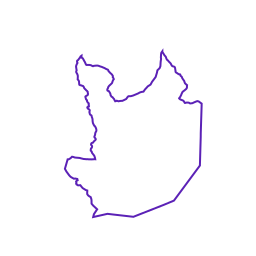 Chokhorling, Pemagatsel, Bhutan, rotated 329°
{"feature_id": "84629894B57619855084660", "entity_name": "Chokhorling", "entity_type": "district", "adm_level": 2, "iso_a3": "BTN", "parent_name": "Bhutan", "parent_adm1": "Pemagatsel", "projection": "orthographic", "projection_center": [91.337, 26.854], "detail": "fine", "context": "isolated", "style": "outline", "palette": "violet", "viewbox_px": 256, "rotation_deg": 329, "n_neighbors": 0, "source": "geoboundaries", "source_scale": "gbopen_adm2", "svg_char_len": 5252}
<svg xmlns="http://www.w3.org/2000/svg" viewBox="0 0 256 256"><g transform="rotate(329 128 128)"><path d="M197.0,79.9L195.4,80.6L195.0,81.0L194.4,81.7L193.9,82.4L193.4,83.2L192.7,84.2L192.3,84.9L191.9,85.9L191.2,86.7L190.0,88.2L189.1,89.5L187.6,91.7L185.9,93.0L182.9,93.7L181.4,95.4L179.3,97.3L178.0,98.5L175.6,99.5L174.6,99.9L172.4,100.8L169.7,102.4L166.3,102.5L165.2,102.9L162.4,103.7L160.0,104.8L158.0,104.0L156.2,103.6L155.7,103.6L154.6,103.6L153.9,103.5L152.5,103.3L149.1,102.8L146.9,102.2L144.7,101.0L143.7,101.2L141.4,102.2L138.9,102.0L137.1,101.8L135.3,100.8L133.6,100.2L132.4,98.8L131.7,98.8L130.8,98.5L130.8,97.3L130.9,96.8L131.0,96.1L130.8,95.3L130.6,93.6L130.0,92.6L130.0,92.2L130.0,91.1L130.0,90.7L130.3,90.2L130.6,89.1L130.6,87.7L130.6,86.9L130.6,86.6L130.3,86.2L129.8,85.6L129.7,85.3L129.8,84.8L130.0,84.5L130.3,84.1L131.1,83.7L132.2,82.7L133.6,82.1L135.1,81.8L137.3,81.3L137.9,80.9L138.5,80.3L139.3,79.7L140.0,79.2L140.9,78.9L141.1,78.4L141.1,77.9L141.2,77.3L141.1,76.6L141.8,75.7L141.8,74.2L141.6,73.1L141.2,72.0L140.8,70.1L140.7,69.7L140.6,69.1L140.8,68.6L140.8,67.7L139.9,66.5L139.5,65.9L139.0,65.0L138.8,64.6L137.9,63.4L136.9,62.0L136.6,61.7L135.7,60.7L135.1,59.9L134.3,59.0L133.2,58.3L132.6,58.0L131.1,57.3L130.3,57.0L129.8,57.0L129.2,56.2L128.5,55.0L127.3,54.0L126.5,53.5L126.1,53.3L125.4,52.9L124.8,52.5L124.7,51.6L125.0,49.3L125.0,48.7L125.0,48.2L125.0,47.6L125.1,46.4L125.1,44.9L124.5,43.8L124.7,43.2L125.4,42.1L124.3,42.2L123.9,42.4L123.4,42.7L122.6,43.2L122.2,43.2L121.8,43.4L120.8,43.8L120.0,44.1L119.2,44.1L118.8,44.4L118.5,44.9L118.3,45.3L118.2,45.8L118.2,46.2L117.9,46.4L116.8,47.0L116.2,47.5L115.4,48.2L115.0,48.8L114.3,50.5L114.0,51.2L113.8,51.9L113.6,52.2L113.0,52.6L112.7,52.9L112.4,53.5L112.3,53.9L112.3,54.5L112.4,55.2L112.2,55.8L112.1,56.8L111.9,57.2L111.7,57.7L111.0,58.8L110.2,60.0L109.9,60.4L110.1,61.4L110.1,62.0L110.1,62.5L109.9,63.0L109.7,63.5L109.5,63.8L109.2,64.4L108.7,65.4L108.6,66.0L109.0,66.6L109.9,67.4L110.5,68.3L110.8,68.5L111.1,68.9L111.2,69.4L111.2,70.3L111.1,70.8L111.0,71.3L111.1,71.9L111.2,72.4L111.4,72.9L111.6,74.1L111.7,74.5L112.0,75.2L112.0,75.8L112.1,76.2L111.9,76.6L111.5,77.4L111.4,77.9L111.3,78.2L111.0,78.5L110.7,78.8L110.3,79.0L109.9,79.0L108.6,79.0L108.2,79.0L107.7,79.1L107.4,79.6L107.3,80.0L107.0,81.2L106.8,81.9L107.1,82.8L107.0,83.4L106.7,83.9L106.7,84.3L106.6,85.3L106.7,85.7L106.9,86.1L107.0,86.5L106.9,86.9L106.7,87.4L106.3,87.7L106.0,88.1L105.9,88.6L105.9,89.1L105.4,89.5L104.7,89.3L104.3,89.2L103.8,89.3L103.6,89.7L103.6,90.6L103.8,91.2L104.2,91.9L104.4,92.6L104.3,93.0L104.1,93.5L103.1,94.4L102.9,95.3L102.6,95.9L102.5,96.4L102.5,97.1L103.1,98.3L103.1,98.8L102.9,99.2L102.6,100.1L102.4,101.4L102.0,102.4L101.8,102.8L101.3,103.7L101.1,104.1L100.8,104.9L100.5,105.6L100.3,107.5L100.3,108.9L100.6,109.5L100.5,111.3L100.2,112.7L99.6,113.9L99.1,114.4L98.8,114.6L98.4,114.8L97.9,115.0L97.1,115.8L96.5,116.6L95.9,117.2L94.7,118.1L94.5,118.5L94.5,119.0L94.6,119.5L94.7,119.9L94.7,120.5L94.6,121.0L93.9,121.5L92.3,121.8L91.9,121.9L91.3,122.1L90.7,122.5L90.0,122.4L89.0,122.2L88.4,122.5L87.9,123.0L87.7,123.4L87.9,124.2L87.9,124.9L87.6,125.5L87.0,126.1L86.7,126.3L86.3,126.3L85.6,126.6L84.9,127.4L84.6,127.9L84.4,128.2L84.7,129.3L84.7,129.7L84.4,130.4L84.4,131.2L84.8,134.3L84.6,135.4L84.4,136.2L84.2,137.0L84.0,137.3L83.8,137.9L83.1,137.4L82.6,137.2L81.5,136.6L80.2,135.9L79.7,135.5L78.3,134.7L77.4,134.0L76.9,133.7L76.5,133.5L75.0,132.4L74.0,131.7L71.9,129.6L71.3,128.9L69.8,127.8L67.3,126.0L66.3,124.8L65.7,124.2L65.2,123.8L64.4,124.0L63.2,124.3L62.3,124.3L61.4,124.3L60.7,124.2L60.1,123.8L52.9,130.5L52.8,133.6L53.2,138.1L53.5,139.7L53.9,140.8L55.5,143.6L56.7,144.1L58.3,145.6L57.9,146.9L57.2,146.9L56.7,146.8L55.8,147.3L55.6,148.2L55.5,148.7L54.9,149.0L54.8,149.8L55.6,151.4L57.7,152.5L57.9,154.4L58.2,156.2L59.9,159.5L60.9,160.6L60.3,161.6L59.7,162.4L59.0,163.7L59.1,165.2L59.5,166.3L60.0,167.3L60.4,167.9L60.1,169.6L59.6,171.0L57.8,174.1L58.2,176.6L59.7,181.8L54.4,184.3L52.3,186.4L66.2,191.0L71.5,195.1L86.9,206.9L119.1,212.3L130.0,213.9L170.3,197.2L185.8,173.0L187.7,169.9L202.4,147.1L203.7,145.0L203.2,143.9L202.7,142.7L202.5,142.1L202.1,141.5L201.5,140.8L200.3,140.4L199.3,140.3L198.1,140.1L197.1,140.0L196.0,139.9L194.0,139.0L193.7,138.7L193.3,137.8L192.9,137.4L192.2,136.9L191.0,136.2L190.2,136.1L189.6,135.7L189.6,134.6L189.6,133.6L189.3,132.8L188.5,131.7L187.7,130.7L187.4,130.1L187.2,129.6L187.1,128.9L187.4,128.7L188.1,128.5L188.8,128.2L189.6,127.7L190.7,127.0L191.4,126.4L192.2,125.9L193.0,125.3L194.2,125.0L195.4,124.9L196.1,124.8L197.9,124.5L198.7,124.2L199.4,123.6L200.1,122.5L200.4,122.0L200.7,121.7L200.4,120.8L200.1,119.9L199.9,118.9L200.1,117.8L200.4,116.6L200.2,114.2L200.2,113.6L200.2,113.0L200.4,112.2L200.4,111.6L200.2,111.0L200.0,110.5L200.0,110.0L200.2,109.5L200.3,109.0L199.8,108.5L199.4,108.3L199.2,107.8L198.8,107.3L198.3,106.1L197.8,105.2L197.7,104.8L197.7,104.4L197.9,103.9L198.3,103.2L198.5,102.6L198.8,101.9L199.2,100.9L199.3,100.6L199.4,100.0L199.3,99.5L198.9,98.9L198.0,98.0L197.7,97.3L197.7,96.0L197.8,95.2L197.8,94.5L197.7,94.1L197.5,93.2L197.3,92.5L196.9,90.2L196.6,89.7L196.6,88.9L196.7,88.0L197.0,86.9L197.0,85.9L196.7,84.5L196.7,82.5L196.7,81.9L196.6,81.0L196.6,80.6L197.0,79.9Z" fill="none" stroke="#5b21b6" stroke-width="2"/></g></svg>